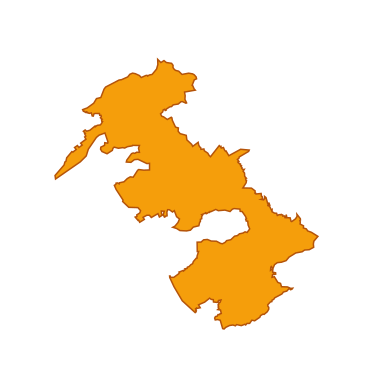 Lafragua, Puebla, Mexico (Robinson projection), rotated 302°
{"feature_id": "50627088B76215411073468", "entity_name": "Lafragua", "entity_type": "district", "adm_level": 2, "iso_a3": "MEX", "parent_name": "Mexico", "parent_adm1": "Puebla", "projection": "robinson", "projection_center": [-97.292, 19.284], "detail": "fine", "context": "isolated", "style": "filled", "palette": "amber", "viewbox_px": 384, "rotation_deg": 302, "n_neighbors": 0, "source": "geoboundaries", "source_scale": "gbopen_adm2", "svg_char_len": 6062}
<svg xmlns="http://www.w3.org/2000/svg" viewBox="0 0 384 384"><g transform="rotate(302 192 192)"><path d="M280.1,140.8L280.6,139.1L282.5,136.4L282.5,135.6L288.3,134.5L290.4,135.9L291.8,134.5L292.6,131.7L292.5,129.9L291.0,126.2L286.4,121.2L287.4,116.7L286.4,113.5L286.7,111.7L287.5,109.9L289.4,108.8L290.3,106.5L288.2,101.6L288.6,98.6L285.3,97.0L286.3,92.6L282.0,95.5L277.5,96.8L270.6,95.9L268.6,93.8L266.8,92.9L267.1,92.0L266.3,91.1L262.2,88.3L262.9,85.7L262.3,81.2L261.3,78.6L258.9,76.9L255.5,76.5L249.9,72.7L248.3,70.8L235.2,63.1L232.7,62.9L223.8,64.6L220.6,61.5L215.2,61.6L207.8,58.6L203.9,55.6L202.9,57.1L203.2,57.8L202.4,57.9L203.3,58.1L203.1,59.6L204.2,60.0L204.1,61.4L203.7,61.2L204.3,63.3L205.7,64.7L203.6,67.1L204.1,68.1L206.1,67.4L207.2,68.1L209.5,71.9L208.1,73.1L208.8,74.2L208.0,75.1L206.4,75.0L206.1,77.2L205.4,76.9L204.1,78.1L204.3,78.8L202.2,78.9L200.4,78.8L198.3,76.3L196.1,75.4L196.5,74.8L190.3,72.7L187.7,70.4L188.0,68.5L185.9,67.7L185.2,70.4L184.6,70.0L183.1,72.3L181.8,71.8L180.6,74.1L174.4,71.7L173.6,74.0L169.8,72.5L170.7,70.2L167.5,68.8L166.7,71.3L162.7,69.8L162.6,68.7L154.6,67.6L151.3,68.8L150.1,68.3L147.1,69.2L133.4,67.1L130.7,69.4L158.4,81.3L166.5,83.2L173.4,81.4L187.6,82.0L191.0,83.1L195.9,86.9L189.9,94.2L188.7,94.6L187.6,91.9L185.2,93.1L181.7,90.9L179.8,91.8L178.6,94.2L179.4,99.7L185.1,102.4L187.1,101.8L188.8,102.2L190.1,106.4L192.9,109.7L193.6,111.6L196.3,113.3L199.4,116.8L200.0,116.8L203.6,122.8L200.8,123.4L197.8,126.4L196.4,124.0L194.5,123.0L193.9,121.4L192.5,120.4L184.4,119.8L182.6,120.4L184.8,124.5L188.9,126.0L191.1,128.9L192.2,138.7L193.8,140.8L188.2,144.3L185.0,139.6L182.8,134.9L181.6,134.4L173.4,134.3L172.1,131.6L169.1,130.0L164.6,128.9L161.4,125.6L160.3,125.9L160.3,124.2L159.3,122.9L158.1,123.4L156.5,122.6L154.0,126.2L148.6,137.8L147.2,138.2L145.5,146.5L150.1,154.4L148.9,158.3L146.5,158.8L143.3,157.3L142.1,158.3L140.6,157.1L139.3,161.3L139.8,161.6L138.6,163.7L143.5,166.1L144.6,163.9L148.3,166.0L149.7,168.2L148.8,171.0L155.6,174.6L153.5,177.6L156.5,179.1L157.5,177.6L159.6,176.1L161.0,178.7L157.5,179.6L156.1,181.9L156.4,182.2L156.8,181.8L158.6,183.5L161.7,181.3L164.1,180.7L165.0,182.3L164.7,186.1L166.8,186.9L162.9,192.0L162.5,195.7L158.7,196.3L153.9,195.6L151.9,194.4L152.9,198.3L152.9,202.2L156.1,208.0L158.8,210.9L162.9,211.7L167.0,215.7L170.4,214.5L171.3,214.8L173.3,213.6L174.5,214.4L176.3,213.2L178.0,213.2L178.0,212.3L181.4,214.7L182.4,214.4L181.0,214.9L181.3,215.8L183.8,217.0L183.9,217.6L185.0,217.6L185.1,218.3L189.8,221.4L190.1,224.2L194.1,229.5L195.6,234.6L198.7,235.3L200.2,236.4L202.9,241.7L201.1,243.1L202.0,244.9L199.7,250.2L198.2,252.4L197.4,251.9L196.1,253.4L196.8,254.7L193.7,257.1L191.3,260.5L186.9,260.2L186.3,258.1L184.1,256.9L181.7,254.4L179.1,253.6L177.1,251.5L172.1,250.2L169.1,247.1L166.9,246.8L164.3,245.3L163.6,243.7L163.2,238.8L160.6,234.3L159.9,230.2L157.6,227.2L154.3,226.2L152.2,222.9L144.3,228.0L145.0,229.1L140.2,230.3L138.7,231.3L138.3,230.7L133.8,230.0L131.5,230.5L129.9,229.6L127.2,229.0L125.8,227.9L124.6,228.3L123.1,226.7L122.8,227.4L120.6,226.7L120.9,226.2L117.2,223.4L116.9,224.1L115.5,224.0L110.0,221.8L108.3,219.1L109.2,218.0L108.9,217.5L107.7,218.4L102.1,227.0L94.6,241.4L91.4,258.6L92.7,259.0L93.4,258.0L94.0,258.3L94.8,256.9L96.0,257.4L95.8,257.8L98.2,260.3L99.8,257.3L105.3,261.1L111.3,263.2L111.1,265.2L112.0,267.1L110.1,268.5L111.8,272.1L114.1,272.0L115.8,273.8L113.3,274.3L112.8,273.4L110.7,274.2L110.1,273.9L109.0,275.2L108.3,275.1L107.6,276.5L105.9,276.1L107.0,278.7L104.5,281.2L103.7,280.3L102.8,280.4L101.8,279.0L100.1,279.2L98.8,277.9L97.1,278.0L95.8,279.5L97.4,281.3L98.2,283.9L92.4,290.4L92.8,291.8L95.2,292.4L98.7,294.6L100.9,297.2L101.5,299.7L103.2,300.1L104.8,304.6L107.8,306.9L107.7,308.0L109.6,308.2L111.1,310.5L115.0,310.7L116.0,313.4L121.7,315.9L123.5,315.6L126.0,316.9L126.4,318.0L130.3,319.3L133.3,319.2L134.9,318.2L135.3,316.9L136.5,316.0L140.2,316.7L141.4,317.8L142.6,317.2L144.3,318.2L146.1,318.2L153.2,322.3L155.6,322.5L158.2,324.9L161.6,325.5L161.4,327.5L162.9,328.4L163.8,328.4L162.6,326.9L162.1,323.3L159.1,318.1L161.4,315.5L160.8,312.7L163.8,306.7L162.1,305.1L164.5,304.1L166.7,306.5L167.8,305.7L167.0,303.5L166.5,303.8L166.8,302.7L169.9,301.3L167.2,300.1L169.9,298.7L170.8,298.7L170.3,300.1L171.1,301.0L174.1,300.5L177.3,301.8L179.9,305.1L183.7,308.2L188.2,308.8L195.3,312.3L199.7,317.1L202.4,318.2L205.2,322.0L209.6,324.5L212.2,322.5L214.8,321.4L221.1,322.3L221.1,314.7L220.3,310.7L221.3,308.5L220.5,305.5L222.4,304.5L222.1,300.6L224.1,299.7L224.8,298.6L225.6,298.9L226.8,298.0L228.7,292.8L227.1,294.0L224.1,294.0L219.8,292.3L219.6,291.6L222.1,288.9L220.5,286.1L222.8,283.9L220.0,285.3L219.5,284.4L220.7,283.2L219.7,281.8L220.5,281.3L220.3,279.5L219.8,279.5L219.0,277.9L217.3,276.8L218.8,275.0L217.8,273.2L217.7,270.3L219.6,269.2L218.8,268.9L221.0,265.3L220.7,263.5L221.8,263.1L221.4,264.8L221.9,265.1L223.4,263.2L222.6,262.0L226.5,257.7L226.7,255.9L225.5,256.7L225.8,257.2L223.3,256.9L222.3,254.4L223.7,255.5L225.3,253.9L225.2,253.2L227.4,251.4L224.2,247.3L224.8,246.5L224.4,246.1L226.4,244.9L226.8,240.4L222.4,233.0L228.5,233.0L230.7,232.1L230.6,231.5L230.1,231.9L232.0,230.2L232.5,230.7L233.2,228.4L235.9,226.5L236.7,224.3L238.9,224.3L238.0,223.2L238.4,221.7L239.1,221.6L239.9,219.5L240.5,219.9L241.1,217.4L241.4,217.6L241.3,215.9L241.7,215.0L242.8,215.6L243.7,213.2L245.4,213.9L246.8,213.5L256.4,218.5L257.9,218.3L254.0,210.6L242.3,204.0L244.8,199.2L244.3,199.0L244.7,197.5L246.4,195.1L244.9,193.7L244.9,193.0L246.1,192.4L245.5,191.6L245.8,190.5L231.7,189.0L232.1,187.1L233.3,184.8L233.5,180.6L234.8,179.3L232.9,177.0L234.3,175.8L234.3,174.7L235.3,172.9L237.4,170.9L231.0,168.4L232.2,166.6L233.5,160.0L237.0,157.1L235.2,151.0L236.2,148.0L239.1,146.5L238.3,143.6L242.4,137.3L244.3,135.6L244.4,134.8L240.4,132.6L240.7,128.0L240.2,126.2L241.6,123.9L244.3,124.7L246.4,124.1L247.5,124.8L246.9,126.1L247.8,126.7L248.3,126.1L252.4,128.0L253.6,129.4L256.0,129.9L259.3,133.7L262.7,134.8L263.6,136.0L264.1,139.8L264.7,140.2L266.8,136.9L270.0,135.2L272.8,132.7L280.1,140.8Z" fill="#f59e0b" stroke="#b45309" stroke-width="1.5"/></g></svg>